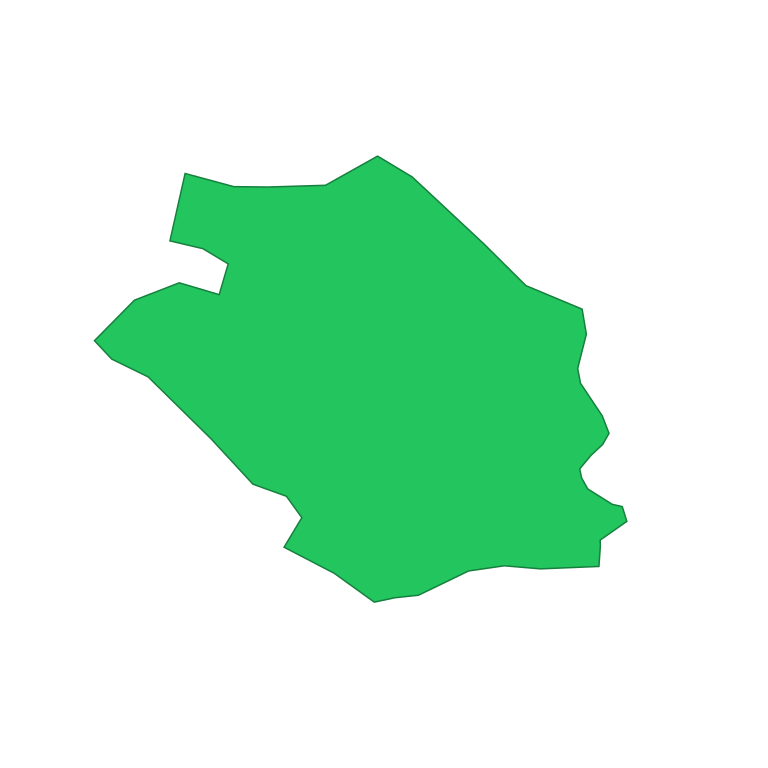 an SVG outline of Rugaju, rotated 211°
{"feature_id": "LVA-5741", "entity_name": "Rugaju", "entity_type": "Municipality", "adm_level": 1, "iso_a3": "LVA", "parent_name": "Latvia", "parent_adm1": "", "projection": "robinson", "projection_center": [27.065, 56.988], "detail": "fine", "context": "isolated", "style": "filled", "palette": "green", "viewbox_px": 768, "rotation_deg": 211, "n_neighbors": 0, "source": "natural_earth", "source_scale": "10m", "svg_char_len": 735}
<svg xmlns="http://www.w3.org/2000/svg" viewBox="0 0 768 768"><g transform="rotate(211 384 384)"><path d="M105.1,391.3L118.3,361.6L115.1,356.6L105.8,338.3L154.7,306.1L187.3,290.1L215.2,267.3L245.7,220.7L264.8,206.2L280.0,192.0L329.2,196.1L385.6,192.6L385.6,227.1L409.8,237.5L444.7,230.6L503.9,247.9L589.9,268.6L630.2,265.1L654.5,272.0L641.1,327.3L611.6,365.3L571.3,375.7L579.4,406.7L609.0,406.7L641.2,396.4L662.9,462.0L614.4,475.8L584.9,493.1L536.5,524.2L506.9,576.0L466.5,576.0L369.5,555.3L313.0,541.4L252.7,550.2L236.2,530.9L226.0,497.1L215.9,485.8L180.5,469.1L165.7,457.6L165.4,444.9L169.8,429.5L172.5,412.1L166.3,405.3L155.3,399.0L126.5,398.4L116.6,401.6L105.1,391.3Z" fill="#22c55e" stroke="#15803d" stroke-width="1.5"/></g></svg>